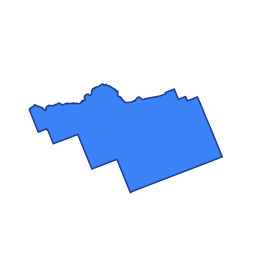 Bragado, Buenos Aires, Argentina (Natural Earth projection), rotated 295°
{"feature_id": "61730980B17981427769766", "entity_name": "Bragado", "entity_type": "district", "adm_level": 2, "iso_a3": "ARG", "parent_name": "Argentina", "parent_adm1": "Buenos Aires", "projection": "natural_earth1", "projection_center": [-60.56, -35.028], "detail": "fine", "context": "isolated", "style": "filled", "palette": "blue", "viewbox_px": 256, "rotation_deg": 295, "n_neighbors": 0, "source": "geoboundaries", "source_scale": "gbopen_adm2", "svg_char_len": 5345}
<svg xmlns="http://www.w3.org/2000/svg" viewBox="0 0 256 256"><g transform="rotate(295 128 128)"><path d="M141.7,225.5L147.3,219.5L160.1,205.8L174.9,189.3L175.2,189.3L185.5,177.8L177.7,170.4L180.8,166.9L175.3,161.6L182.8,153.4L175.9,146.9L175.0,147.8L170.4,143.3L168.3,140.4L168.1,140.5L167.2,138.7L167.0,138.9L166.3,137.6L161.5,130.8L161.3,130.7L160.6,130.4L160.4,130.2L160.0,129.9L160.0,129.5L160.0,129.0L160.1,128.6L160.2,128.0L160.2,127.6L160.4,127.0L160.5,126.7L160.5,126.3L160.6,125.8L160.7,125.6L160.8,125.3L160.8,124.9L160.2,124.4L159.7,123.7L159.4,123.5L158.6,123.5L158.1,123.4L157.8,123.4L157.1,123.0L156.8,122.9L156.3,123.2L155.9,123.1L155.6,122.9L155.5,122.7L155.4,122.5L155.3,122.1L155.2,121.8L155.0,121.7L154.7,121.7L154.4,121.6L154.2,121.2L153.9,121.0L153.6,120.9L153.4,120.8L153.3,120.5L153.2,120.4L152.8,120.2L152.7,119.9L152.4,119.5L152.2,119.0L152.0,118.8L151.9,118.5L151.6,118.1L151.5,117.8L151.4,117.5L151.3,117.4L151.0,116.9L150.8,116.6L150.8,116.3L150.4,115.8L150.3,115.3L150.2,115.0L150.1,114.7L149.9,114.4L149.8,114.2L150.6,113.5L150.6,113.3L150.6,112.9L150.8,112.4L151.0,112.2L151.0,111.9L151.1,111.6L151.0,111.3L150.9,111.0L151.1,110.8L151.4,110.8L151.7,110.4L152.1,110.0L152.3,109.5L152.4,109.3L152.2,108.9L152.1,108.6L152.4,108.3L152.8,108.0L152.9,107.8L153.0,107.6L152.9,107.3L152.7,107.1L152.6,106.9L152.6,106.7L152.8,106.4L152.5,105.9L152.5,105.6L152.8,105.3L153.1,105.1L153.4,104.9L153.8,104.9L154.0,104.8L154.1,104.5L154.3,104.3L154.5,104.3L154.9,104.2L155.6,103.6L156.0,103.4L156.3,103.4L156.6,103.4L156.8,103.4L157.0,103.1L156.3,102.6L156.2,102.6L155.9,102.5L156.1,102.2L156.3,102.1L156.5,101.9L156.5,101.6L157.1,101.3L157.2,101.1L157.3,100.7L157.6,100.0L157.6,99.7L157.5,98.9L157.5,98.7L157.7,98.4L157.8,97.7L157.7,97.4L157.7,96.8L157.9,96.3L158.0,96.0L158.0,95.6L157.9,95.4L158.0,94.9L158.2,94.7L158.3,94.2L158.3,93.9L158.2,93.7L158.3,93.4L158.2,93.1L158.1,92.8L158.1,92.5L158.1,92.1L158.0,91.9L157.8,91.6L157.7,91.4L157.7,90.9L157.8,90.5L158.2,89.8L157.6,89.6L157.4,89.4L157.3,88.8L157.0,88.7L156.8,88.6L156.8,88.4L156.9,88.1L156.8,87.6L157.0,87.5L157.1,87.4L157.1,87.2L157.1,86.8L157.1,86.6L157.0,86.2L156.8,86.0L156.6,85.8L156.3,85.7L156.0,85.7L155.8,85.6L155.4,85.3L155.0,85.1L154.7,85.0L154.6,84.9L154.5,84.5L154.3,84.4L154.1,84.2L153.9,84.1L153.5,84.2L153.2,84.1L153.1,83.9L152.4,83.2L152.3,82.6L151.9,81.9L151.6,81.7L151.1,81.6L150.9,81.5L150.6,80.9L150.3,81.1L149.9,81.2L149.6,81.1L149.3,80.7L149.3,80.4L149.3,79.9L148.7,79.6L147.9,79.4L147.7,79.3L147.3,79.7L146.9,79.6L146.5,79.4L146.2,79.5L145.9,79.8L145.6,80.0L144.3,80.1L143.7,80.3L143.4,80.4L143.2,80.3L142.9,80.2L142.7,80.2L142.2,80.2L141.9,80.3L141.6,80.2L141.4,79.2L141.3,78.7L141.6,78.1L141.7,77.8L141.9,77.4L141.7,77.2L141.3,76.9L141.2,76.7L140.8,76.2L140.7,76.0L140.4,75.9L139.9,75.6L139.5,75.5L139.3,75.3L138.7,75.2L138.3,75.4L138.0,75.3L137.7,75.2L137.3,75.5L136.9,76.1L136.7,76.4L136.3,76.9L136.0,77.1L135.5,77.2L135.3,76.9L135.1,76.6L134.7,76.1L134.4,76.0L134.1,76.2L133.8,76.1L133.8,75.8L133.6,75.7L133.3,75.7L133.1,75.6L132.9,75.6L132.6,75.5L132.7,75.3L133.0,75.2L133.2,74.9L132.7,74.7L132.5,74.8L132.2,74.9L132.1,74.7L131.7,74.6L131.4,74.5L131.1,74.3L130.8,74.3L130.5,74.3L130.3,74.3L129.8,74.1L129.6,74.1L129.4,73.8L129.1,73.1L129.0,72.9L128.9,72.6L129.0,72.1L129.0,71.8L129.0,71.4L128.4,70.7L128.2,70.4L128.2,70.2L127.9,69.9L127.7,69.7L127.5,69.0L127.6,68.8L127.8,68.4L127.8,68.2L127.6,67.9L127.3,67.9L127.0,67.9L126.9,67.6L127.0,67.3L126.8,67.1L126.6,67.1L126.5,66.9L126.6,66.5L126.6,66.3L126.3,66.1L126.1,66.0L125.9,65.8L125.8,65.6L125.7,65.3L125.6,65.0L125.4,64.2L125.3,63.9L124.8,63.6L124.7,63.4L124.5,63.2L124.6,62.9L124.8,62.7L124.8,62.4L124.6,62.4L124.4,62.4L124.1,62.0L123.9,61.6L123.8,61.3L123.4,61.0L123.2,60.9L123.0,60.4L122.4,59.9L122.1,59.8L122.0,59.6L121.8,59.5L121.4,59.4L121.2,59.3L121.0,58.7L120.9,58.4L121.0,58.0L121.1,57.8L121.4,57.1L121.4,56.8L121.5,56.3L121.4,56.0L121.3,55.8L121.3,55.6L121.5,55.5L121.6,55.3L121.6,55.2L121.2,55.0L120.9,54.7L120.7,54.4L120.6,54.0L119.3,53.4L119.0,52.9L118.8,52.8L118.7,52.6L118.2,52.0L118.2,51.7L117.7,51.6L117.4,51.5L117.0,51.3L117.0,51.2L116.9,51.1L116.7,50.8L116.5,50.6L116.4,50.3L116.3,50.0L115.9,49.3L115.8,49.2L115.8,48.7L115.6,48.4L115.6,48.1L115.5,47.9L115.3,47.8L115.3,47.5L115.2,47.2L114.9,46.9L115.0,46.5L114.8,46.3L114.6,46.2L114.3,46.1L114.0,46.2L113.7,46.2L113.4,45.7L113.1,45.3L112.7,45.2L112.2,45.2L111.6,45.5L111.0,45.2L110.8,45.3L110.9,45.6L110.5,45.9L110.0,46.1L109.6,46.2L109.4,46.2L109.2,46.2L108.9,45.9L109.5,42.9L109.7,42.6L109.8,42.5L110.1,42.4L110.1,42.2L109.9,41.6L109.9,41.3L109.9,41.2L110.0,40.6L109.9,40.5L110.1,40.0L109.9,39.4L109.9,39.1L109.9,38.9L109.8,38.3L109.9,38.0L110.0,37.7L109.8,37.4L109.6,37.2L109.2,36.6L109.2,36.3L109.3,35.7L109.7,35.4L109.6,34.9L109.7,34.7L109.6,34.4L109.7,34.2L109.6,33.9L109.3,33.3L109.2,33.2L109.0,33.3L108.8,33.4L108.4,33.4L107.7,32.9L107.3,32.9L107.2,32.8L107.1,32.7L106.5,32.3L106.2,32.3L106.0,32.2L106.0,31.9L105.8,31.8L105.5,31.7L105.2,31.4L104.6,31.4L104.4,31.3L104.3,31.0L104.0,30.8L103.8,30.7L103.6,30.6L103.4,30.7L103.2,30.6L98.4,35.6L95.6,38.6L86.3,48.4L92.8,54.6L91.9,55.5L92.3,56.0L88.4,60.3L82.2,66.9L93.6,78.1L100.9,85.2L75.6,112.6L83.9,120.6L94.9,131.2L70.5,157.4L71.2,158.1L71.4,157.9L77.1,163.2L95.8,181.2L121.1,205.8L141.7,225.5Z" fill="#3b82f6" stroke="#1e3a8a" stroke-width="1.5"/></g></svg>